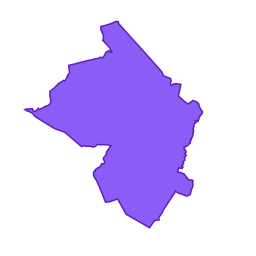 Chucándiro, Michoacán, Mexico, rotated 315°
{"feature_id": "50627088B8193308605662", "entity_name": "Chucándiro", "entity_type": "district", "adm_level": 2, "iso_a3": "MEX", "parent_name": "Mexico", "parent_adm1": "Michoacán", "projection": "equal_earth", "projection_center": [-101.355, 19.895], "detail": "fine", "context": "isolated", "style": "filled", "palette": "violet", "viewbox_px": 256, "rotation_deg": 315, "n_neighbors": 0, "source": "geoboundaries", "source_scale": "gbopen_adm2", "svg_char_len": 5378}
<svg xmlns="http://www.w3.org/2000/svg" viewBox="0 0 256 256"><g transform="rotate(315 128 128)"><path d="M192.2,169.3L192.4,167.3L192.8,165.4L193.6,163.6L194.8,161.3L195.3,160.4L194.7,157.3L194.2,156.1L193.4,154.5L187.4,153.6L186.8,149.3L186.3,141.7L186.3,141.1L188.3,139.7L196.3,134.5L194.3,131.9L193.3,130.4L192.6,130.6L192.0,129.9L191.4,128.9L190.6,128.8L189.1,128.9L188.6,128.3L188.7,127.4L190.0,126.3L191.7,125.2L193.1,123.2L191.9,120.4L190.6,117.7L190.1,116.6L190.3,115.7L190.3,115.3L191.4,113.0L191.8,109.7L193.4,81.8L194.1,67.9L195.2,47.6L196.3,46.0L195.1,44.2L193.0,43.4L192.9,43.4L190.5,42.5L190.4,42.4L189.8,42.1L189.1,41.9L189.0,41.7L188.7,41.7L187.6,41.1L186.4,40.4L185.1,39.7L184.0,39.2L183.9,39.1L182.7,38.3L181.9,37.8L181.5,37.6L181.4,37.7L180.9,37.3L180.8,37.0L180.6,37.0L180.3,37.8L179.8,38.1L179.3,38.3L179.2,38.4L179.2,38.6L178.3,39.3L178.2,39.4L178.3,39.6L178.0,40.4L177.9,40.8L177.9,41.0L178.0,41.7L177.9,41.8L177.7,41.9L177.5,42.0L177.1,42.1L177.1,42.4L177.2,42.7L177.2,43.0L176.7,43.8L176.5,44.2L175.8,45.3L175.7,45.4L175.5,45.7L175.1,46.2L175.0,46.3L174.9,46.4L174.8,46.5L174.7,46.6L174.4,46.6L174.1,46.8L174.1,47.0L173.5,47.8L173.4,47.9L173.0,48.1L172.8,48.2L172.7,48.2L172.3,48.1L172.1,48.0L171.9,48.3L172.0,48.6L172.4,48.7L172.3,49.5L172.1,51.0L172.0,51.5L171.9,55.1L171.9,56.6L171.8,57.3L171.7,57.8L171.7,58.3L171.2,59.9L170.8,61.2L170.8,61.3L170.4,62.8L170.3,62.7L169.8,62.5L169.3,62.4L169.1,62.3L169.2,59.8L169.2,59.7L167.6,59.3L166.4,59.0L165.9,59.0L165.2,59.1L164.4,59.4L164.1,59.5L163.6,59.8L163.2,60.0L162.4,60.1L161.0,60.2L160.4,60.2L159.6,60.3L159.5,60.1L159.1,59.9L158.8,58.6L156.4,57.7L147.0,51.7L144.6,50.3L141.6,48.5L136.1,45.3L130.3,41.8L128.8,43.7L127.7,45.1L125.7,47.6L121.9,48.2L121.6,48.7L120.1,49.1L117.6,50.0L116.6,49.8L116.4,48.9L111.6,47.8L109.9,47.4L107.9,47.5L106.2,47.5L104.4,47.6L102.6,47.3L99.8,47.1L99.0,46.7L97.5,48.0L96.3,49.1L95.7,49.9L95.1,50.5L94.6,51.4L93.3,53.2L92.1,54.8L90.7,55.6L89.3,55.7L86.9,55.4L86.1,54.8L84.8,54.2L84.0,53.8L82.3,53.7L78.8,52.2L78.2,52.3L78.2,51.4L78.5,50.7L76.8,50.7L74.4,50.7L73.6,49.9L73.1,49.3L74.0,46.7L72.9,45.8L71.8,44.8L70.7,43.7L69.2,42.6L68.2,42.0L68.4,43.5L68.7,44.6L69.6,46.3L69.9,47.1L70.5,48.9L70.8,50.7L70.6,52.9L70.5,54.8L71.0,56.9L71.2,57.7L73.3,66.7L75.6,76.4L75.7,76.7L80.2,85.9L80.4,87.5L80.4,88.4L81.5,101.8L81.9,107.2L82.0,107.8L82.0,108.3L82.6,108.4L84.0,109.3L85.8,111.7L87.5,113.3L88.4,114.3L89.3,115.8L90.1,117.0L90.6,117.3L92.1,118.0L94.1,117.8L95.0,118.4L95.4,118.8L96.6,120.3L98.7,122.2L99.3,123.0L99.6,123.3L101.6,125.4L102.5,126.8L103.4,128.6L102.3,128.5L99.9,129.1L99.0,129.4L98.2,129.2L96.0,129.8L94.0,131.0L92.8,131.7L91.1,131.5L89.7,131.8L88.9,132.0L87.3,136.1L85.1,135.9L84.9,135.9L84.4,134.8L84.3,134.6L84.0,134.8L83.0,135.1L82.8,135.1L82.1,135.2L81.3,135.3L80.6,135.5L80.3,135.6L79.9,135.6L79.7,135.3L78.9,135.0L77.8,134.7L76.7,134.5L76.0,134.5L75.8,134.6L75.6,134.5L74.9,134.5L74.8,134.8L74.3,135.2L74.2,134.9L73.8,134.9L73.4,134.9L73.2,134.8L72.6,134.9L72.2,135.0L70.9,136.5L70.5,136.7L70.3,137.1L69.8,138.3L69.6,138.8L69.4,139.1L69.3,139.5L69.1,139.6L69.0,140.2L69.1,141.2L68.9,141.8L66.9,147.6L63.7,155.1L62.9,157.0L62.1,159.0L60.9,161.5L60.2,163.2L59.7,164.2L59.9,164.7L59.9,165.0L60.4,165.2L60.6,165.3L60.9,165.5L61.4,165.7L61.5,165.8L61.7,166.2L62.0,166.5L62.7,167.0L63.1,167.3L63.8,167.6L70.5,170.9L69.7,173.6L68.1,179.4L67.2,182.5L65.7,187.6L72.7,213.7L79.1,212.6L81.7,212.3L83.3,213.7L84.0,214.2L85.1,214.9L85.2,214.7L85.9,213.6L86.9,213.1L87.3,213.0L87.9,212.7L89.2,212.8L89.7,212.7L90.0,212.4L90.6,212.1L91.6,212.2L93.1,211.9L94.2,211.3L94.9,211.0L108.0,208.3L109.7,207.9L110.2,207.8L111.4,207.6L113.3,207.2L115.1,206.8L116.9,206.4L117.0,206.3L117.4,209.0L118.2,211.0L118.8,211.9L119.1,212.4L120.1,214.8L120.8,216.4L121.3,217.6L122.1,218.2L123.0,218.4L123.3,218.5L124.5,218.9L124.9,219.0L128.0,217.2L128.9,216.6L130.9,215.8L132.7,215.0L134.6,213.2L135.2,212.3L135.5,212.0L135.9,211.8L136.2,211.7L136.3,211.6L136.6,211.0L136.7,210.8L136.4,210.0L136.3,209.8L135.5,208.8L134.5,208.2L134.4,207.6L134.4,206.5L134.2,205.3L134.5,205.1L134.4,205.0L134.6,203.9L134.9,202.5L135.1,200.0L134.8,199.3L133.9,197.6L133.7,196.7L133.1,195.9L132.3,195.3L132.0,194.1L132.7,194.2L134.0,193.0L135.5,192.2L136.3,192.9L137.7,194.9L138.6,194.4L139.3,194.5L139.4,193.7L138.9,193.4L139.0,193.0L139.8,193.1L140.1,192.7L140.7,192.5L141.1,192.6L141.7,192.6L142.4,192.2L142.9,191.3L143.7,190.8L144.8,191.0L145.6,190.8L146.3,190.3L146.3,190.2L146.6,189.5L146.7,189.2L147.1,188.7L147.2,188.3L148.3,188.9L148.9,188.3L149.9,188.4L149.7,187.7L149.9,187.2L150.0,186.6L150.7,186.3L150.8,186.1L151.9,186.2L152.0,185.5L152.4,185.6L153.0,184.2L152.7,183.6L152.7,182.4L153.6,182.4L154.2,181.3L154.5,181.6L155.0,181.7L156.0,182.1L157.4,182.6L160.6,182.5L161.0,182.8L161.5,182.6L162.0,182.2L162.1,181.9L163.1,181.4L163.7,180.8L164.1,180.5L164.4,180.5L164.5,180.5L164.7,180.8L165.4,180.2L165.9,180.3L167.5,179.5L168.6,179.2L169.6,177.9L170.2,177.9L170.9,177.3L171.3,176.9L171.5,176.7L172.1,176.8L172.5,175.8L173.1,175.4L173.8,174.3L175.2,173.9L176.0,173.0L176.8,172.7L177.2,172.3L178.6,171.8L179.7,172.2L179.9,171.8L180.8,171.9L181.2,172.0L181.0,171.3L181.2,171.5L181.5,171.6L181.8,171.5L181.8,171.9L182.2,172.1L182.2,172.5L182.3,172.8L182.9,172.5L183.0,172.4L185.7,171.0L186.8,170.7L187.7,170.5L190.8,170.1L192.2,169.3Z" fill="#8b5cf6" stroke="#5b21b6" stroke-width="1.5"/></g></svg>